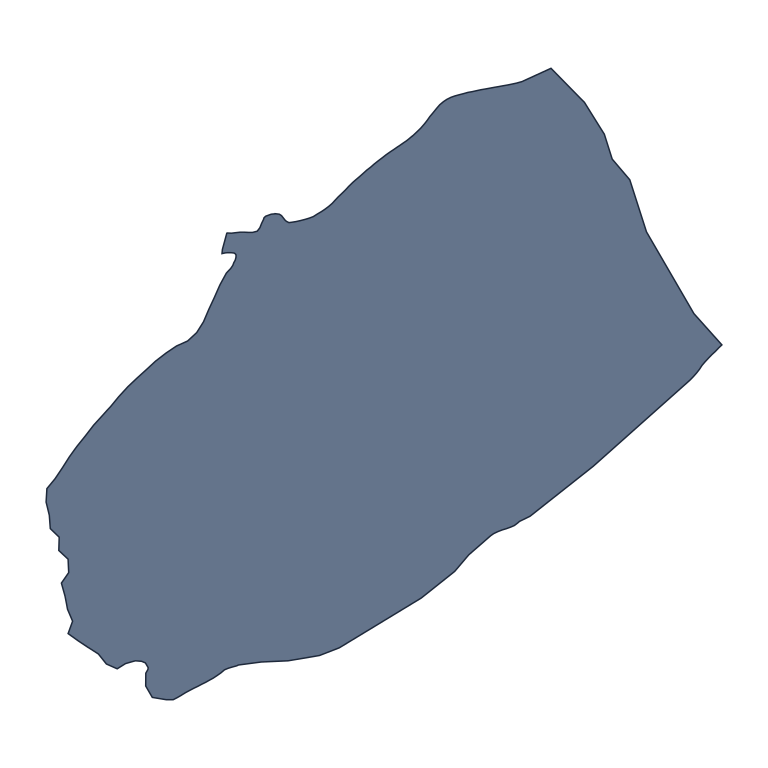 Sarar, Abyan, Yemen (Natural Earth projection)
{"feature_id": "15242507B17231437712289", "entity_name": "Sarar", "entity_type": "district", "adm_level": 2, "iso_a3": "YEM", "parent_name": "Yemen", "parent_adm1": "Abyan", "projection": "natural_earth1", "projection_center": [45.331, 13.58], "detail": "fine", "context": "isolated", "style": "filled", "palette": "slate", "viewbox_px": 768, "rotation_deg": 0, "n_neighbors": 0, "source": "geoboundaries", "source_scale": "gbopen_adm2", "svg_char_len": 2842}
<svg xmlns="http://www.w3.org/2000/svg" viewBox="0 0 768 768"><path d="M412.2,136.1L410.4,137.6L408.4,139.3L406.5,140.8L403.1,143.1L398.5,146.3L397.8,146.7L393.8,149.5L390.3,151.8L386.3,154.6L382.1,157.9L378.4,160.7L374.1,164.1L370.6,167.2L366.8,170.1L363.4,173.2L359.8,176.4L356.0,179.6L352.8,182.4L348.7,186.4L345.4,190.0L341.5,193.8L338.4,196.7L335.3,200.0L332.2,203.4L328.6,206.5L325.0,209.2L321.6,211.5L317.2,214.1L313.3,216.6L309.3,218.1L305.4,219.3L300.4,220.6L295.9,221.6L291.5,222.3L288.9,222.6L286.5,221.4L285.1,220.2L281.5,215.6L279.3,214.2L275.3,213.7L275.3,213.8L271.2,214.2L267.9,215.4L265.7,216.2L264.0,217.8L263.5,219.5L261.6,223.4L259.9,227.7L257.2,231.2L252.6,232.4L248.4,232.4L244.2,232.2L240.1,232.2L235.5,232.7L231.5,233.2L231.4,233.2L227.2,233.0L226.8,233.2L225.9,236.5L224.8,240.6L222.4,249.4L222.0,253.6L225.2,252.9L227.3,252.7L231.1,252.7L233.9,253.0L234.7,253.4L235.5,254.1L236.0,254.9L236.0,257.2L235.2,260.2L233.8,262.7L232.8,265.4L230.6,268.6L227.8,271.5L226.3,273.2L220.4,284.0L219.7,285.4L218.9,287.2L214.3,297.6L208.8,309.4L203.5,321.8L196.7,332.6L187.6,341.0L176.5,346.0L166.1,353.0L155.6,361.1L146.4,369.6L137.0,378.1L127.9,386.7L118.8,396.6L110.5,406.7L109.0,408.3L107.3,410.1L102.0,416.0L93.6,425.2L85.2,436.1L77.3,445.9L75.0,449.0L69.4,456.8L62.4,467.8L55.0,478.8L46.9,488.6L46.1,502.1L47.0,505.7L49.3,515.2L50.3,528.6L59.2,537.2L58.8,550.5L68.1,559.2L68.4,566.3L68.7,572.6L64.4,578.8L61.4,583.1L65.0,596.0L66.5,603.7L67.5,609.2L72.6,621.2L68.1,633.6L78.0,640.7L80.4,642.3L88.2,647.5L88.3,647.5L98.4,654.0L106.4,664.0L117.2,668.8L125.5,663.6L132.1,661.7L135.4,660.8L141.6,661.3L145.4,662.9L148.2,667.7L147.9,669.5L145.8,673.2L145.7,686.0L152.3,697.4L166.2,699.7L173.2,699.7L177.1,697.7L181.3,695.3L181.7,695.0L185.6,692.6L190.1,690.2L193.9,688.2L197.9,686.3L201.8,684.2L205.7,682.3L209.4,680.2L213.1,678.2L217.3,675.4L220.9,672.9L224.5,669.8L228.4,668.2L232.4,667.0L236.8,665.8L238.4,665.0L261.3,662.0L288.1,660.8L319.5,655.5L339.3,647.8L421.3,598.0L454.7,571.4L468.8,554.8L490.7,535.7L493.7,533.6L497.9,531.6L502.3,529.9L506.3,528.7L510.7,527.1L514.4,525.5L517.8,522.9L519.5,521.4L530.1,516.2L593.2,466.3L683.6,385.8L687.0,382.8L690.3,379.8L693.3,376.7L696.5,373.1L699.4,369.4L702.0,365.4L705.0,361.9L708.6,358.0L711.9,354.6L715.3,351.5L718.7,347.9L721.8,345.0L721.9,344.9L693.9,313.6L646.5,231.9L629.8,179.8L612.2,159.1L604.3,134.1L603.7,133.2L599.3,126.2L584.4,102.3L580.1,98.0L551.0,68.3L521.7,81.7L519.4,82.3L516.6,83.1L512.4,84.0L507.6,85.0L503.5,85.7L498.6,86.6L494.5,87.3L490.2,88.1L485.3,89.0L481.1,89.7L476.5,90.7L472.0,91.7L467.9,92.4L463.7,93.6L459.4,94.7L455.0,95.9L451.0,97.3L446.8,99.4L443.4,101.7L439.8,104.7L436.6,108.4L432.7,113.2L429.9,116.5L427.4,120.1L424.6,123.7L420.7,128.2L417.3,131.5L413.8,134.8L412.3,136.2L412.2,136.1Z" fill="#64748b" stroke="#1e293b" stroke-width="1.5"/></svg>